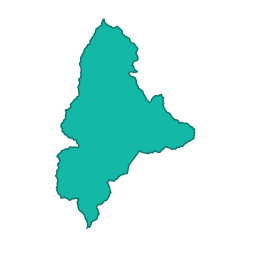 Contumaza, Cajamarca, Peru, rotated 278°
{"feature_id": "86281439B42243270473185", "entity_name": "Contumaza", "entity_type": "district", "adm_level": 2, "iso_a3": "PER", "parent_name": "Peru", "parent_adm1": "Cajamarca", "projection": "albers", "projection_center": [-78.994, -7.42], "detail": "fine", "context": "isolated", "style": "filled", "palette": "teal", "viewbox_px": 256, "rotation_deg": 278, "n_neighbors": 0, "source": "geoboundaries", "source_scale": "gbopen_adm2", "svg_char_len": 5778}
<svg xmlns="http://www.w3.org/2000/svg" viewBox="0 0 256 256"><g transform="rotate(278 128 128)"><path d="M140.7,184.1L140.3,183.7L140.2,183.3L140.8,180.9L140.8,180.3L140.6,179.8L140.6,178.6L140.2,177.8L140.3,177.4L141.2,177.2L142.4,176.4L142.8,174.5L142.8,172.8L143.5,172.2L143.9,170.9L144.9,170.3L145.1,169.6L145.5,169.5L146.3,168.6L147.2,168.3L148.4,166.8L148.9,164.3L149.9,163.5L150.4,163.3L150.9,162.5L153.5,160.5L156.2,159.4L156.9,160.0L157.2,160.0L157.9,159.5L159.6,158.8L163.0,159.0L163.4,157.7L165.8,156.3L165.2,154.9L164.7,154.6L164.1,153.6L163.8,152.4L164.0,151.3L163.1,149.6L161.3,148.3L159.5,147.4L157.7,147.2L156.1,145.8L156.7,144.7L158.0,143.6L158.5,142.3L160.4,141.3L161.3,141.0L164.2,138.4L166.0,137.7L166.8,137.1L167.0,136.5L166.8,135.7L167.5,135.3L168.2,134.5L168.3,133.4L168.6,132.8L169.3,132.6L170.0,132.6L170.9,132.0L171.4,131.5L172.5,130.9L172.8,130.5L174.1,129.7L176.2,129.7L177.6,128.4L178.9,127.9L179.4,125.5L179.3,124.1L179.5,123.5L180.6,122.8L181.4,121.7L182.6,121.2L183.0,121.2L183.5,121.6L184.3,123.2L184.4,123.8L183.7,125.8L184.3,127.0L184.6,128.8L185.0,129.1L185.4,129.1L185.8,128.5L186.2,127.0L186.9,126.6L187.5,125.8L189.2,124.9L189.8,125.0L190.2,124.9L190.8,123.1L195.0,124.6L195.4,126.2L196.8,128.1L198.1,128.2L199.0,128.0L199.4,127.6L200.2,127.5L201.1,126.9L201.5,126.4L202.6,125.6L203.1,125.6L203.7,125.2L204.6,125.9L205.6,125.8L206.3,126.3L207.1,126.3L207.7,126.6L208.3,126.3L211.5,123.2L211.7,122.7L212.5,122.1L212.7,120.0L213.8,118.0L214.9,117.9L216.8,116.7L217.2,116.0L217.4,114.8L218.1,114.0L218.4,111.9L219.3,111.5L220.4,109.1L223.2,108.7L224.0,108.2L224.6,106.7L225.3,106.0L225.7,104.6L226.7,103.9L227.1,103.0L226.9,102.4L226.2,101.9L224.8,99.8L225.0,98.9L226.0,97.7L225.9,96.8L226.6,94.5L227.5,92.7L228.8,90.8L231.1,89.4L232.4,89.2L232.3,88.7L231.1,88.0L229.3,87.7L228.8,87.4L226.5,87.8L225.3,86.8L224.6,85.7L223.7,85.2L223.6,84.8L222.5,84.2L222.1,83.0L221.8,82.8L220.0,82.4L218.9,82.4L218.7,82.5L218.0,82.4L216.3,81.4L214.7,81.3L213.1,80.5L212.1,79.6L211.2,79.6L210.4,79.2L209.9,78.7L209.2,78.3L207.2,78.8L206.7,78.7L206.1,78.4L205.0,76.8L204.2,76.2L202.3,75.8L201.0,74.6L200.2,74.2L199.5,74.2L198.3,73.6L197.5,73.9L196.8,73.4L195.4,73.5L194.7,72.5L194.0,72.7L192.5,71.8L191.9,72.1L191.1,71.3L190.1,71.4L188.6,71.9L187.6,72.0L185.5,71.1L184.2,71.3L183.0,71.9L182.6,72.4L180.7,73.4L179.8,73.4L177.7,73.9L176.4,73.4L174.5,74.2L173.2,74.0L171.9,74.3L171.6,74.6L170.8,74.2L170.5,73.5L169.8,72.5L168.9,72.5L168.4,72.7L167.9,73.4L167.1,73.4L166.2,73.9L165.7,74.0L164.8,73.7L163.5,73.6L162.1,72.9L161.3,72.8L160.6,73.3L159.3,73.6L158.7,74.0L157.5,74.1L155.5,74.5L154.9,75.0L153.3,75.1L152.1,74.2L151.7,73.1L150.8,72.7L149.9,72.6L148.9,72.0L148.8,71.3L148.2,70.6L147.6,70.6L147.1,70.2L146.5,70.1L145.9,69.5L145.5,69.3L144.4,68.3L143.0,67.7L142.2,68.3L141.4,68.2L140.4,68.5L138.8,66.5L137.2,65.8L137.2,65.4L137.6,64.7L137.2,63.7L136.5,63.7L135.8,64.4L134.7,64.9L133.8,64.7L133.4,64.4L132.8,64.5L131.9,64.3L130.9,64.7L128.8,64.9L127.6,64.0L127.2,63.5L124.8,63.2L123.6,61.8L122.9,61.7L122.3,61.4L121.6,61.5L120.4,61.3L119.0,62.4L116.5,63.4L115.3,63.4L115.1,63.5L115.2,64.0L114.5,65.3L113.9,65.7L112.9,65.8L112.3,68.3L110.9,69.5L110.5,70.4L110.6,70.8L110.1,71.3L110.3,72.5L109.7,73.6L110.1,74.3L110.2,74.8L109.6,75.3L109.0,75.5L108.6,76.4L109.1,77.6L109.1,78.1L106.1,79.6L104.8,81.4L104.2,81.7L102.4,81.8L101.8,80.8L101.5,79.8L101.8,78.2L101.2,76.4L101.1,73.2L99.4,71.9L98.5,71.6L98.8,70.0L98.6,69.1L97.8,68.3L96.8,66.9L96.2,65.3L94.7,64.9L93.5,64.0L92.4,62.9L91.5,62.7L91.2,62.0L90.8,61.8L89.7,61.9L89.3,62.1L88.8,63.8L87.4,64.3L85.9,65.4L85.1,65.2L82.4,63.4L80.7,64.0L80.0,64.5L78.9,65.1L78.3,65.2L77.9,65.0L76.5,63.9L75.3,63.4L74.7,63.5L73.7,64.2L70.5,63.1L69.8,63.5L69.5,64.1L68.9,64.7L66.5,65.9L64.6,66.0L64.0,65.5L61.1,66.2L60.6,66.2L59.2,65.4L57.9,66.2L56.3,66.2L55.7,66.8L54.8,67.3L54.1,68.2L53.0,68.1L52.6,69.7L50.5,71.4L49.3,71.5L49.8,72.8L50.0,73.9L50.4,74.4L51.1,74.9L50.4,75.3L50.0,76.1L49.7,78.1L48.6,79.3L48.3,80.4L50.5,83.4L50.5,84.8L51.0,85.5L51.3,86.7L51.1,88.9L50.7,88.8L50.0,88.4L49.4,89.0L49.0,89.0L48.4,88.4L47.4,88.0L45.8,88.9L44.8,88.9L43.9,89.7L42.5,89.6L41.6,90.2L40.8,90.4L38.8,92.6L38.7,93.7L38.0,94.1L37.8,94.7L36.7,96.0L35.1,97.3L33.7,98.0L32.4,98.3L31.6,99.2L30.3,100.2L28.7,101.0L27.2,101.3L26.8,101.7L26.4,101.9L25.6,101.6L24.9,101.8L23.6,101.5L24.2,102.2L24.4,103.6L25.3,104.1L27.9,104.9L29.7,105.0L30.9,106.1L33.2,109.5L33.7,109.9L34.7,110.2L36.5,110.0L36.9,110.4L38.3,111.3L39.2,111.1L39.8,110.6L40.8,110.6L41.9,109.4L42.7,109.6L43.7,108.9L44.5,107.9L47.3,108.3L47.8,108.6L48.1,109.1L48.1,110.6L48.3,111.3L49.7,113.1L51.6,114.1L52.4,114.7L53.3,116.2L53.4,116.7L55.1,117.7L57.1,118.3L57.6,118.8L59.2,118.7L61.2,119.9L61.6,120.0L65.1,118.2L66.3,118.1L67.4,117.7L68.4,116.7L69.7,116.4L70.2,115.4L70.8,115.0L71.8,115.3L72.3,116.1L73.8,116.2L73.6,117.2L73.8,118.8L73.4,120.6L73.5,121.7L75.1,122.5L75.7,123.8L76.0,124.2L77.1,125.0L78.3,125.3L78.8,126.2L79.7,126.7L80.6,127.6L81.3,129.8L82.1,130.5L82.6,132.1L82.6,133.3L83.6,133.6L91.3,134.0L107.1,142.6L106.0,144.5L106.1,145.4L105.8,146.5L105.4,151.7L107.1,153.8L106.9,156.0L108.0,156.7L108.6,157.5L109.3,157.8L109.4,158.6L108.7,159.2L108.1,160.9L108.2,162.1L108.6,163.1L111.6,165.1L112.6,166.3L114.3,167.1L114.4,167.4L114.5,169.0L114.1,172.1L113.9,172.8L113.2,173.7L113.0,174.5L113.6,175.6L113.8,176.7L113.7,177.8L114.5,178.6L115.5,178.8L115.9,181.1L116.2,181.6L117.1,182.3L116.9,183.4L117.7,184.9L118.9,185.7L119.8,185.8L120.3,186.7L120.9,187.1L121.2,187.8L122.7,188.8L123.2,190.4L123.8,190.9L124.3,191.7L125.2,192.5L126.2,194.1L127.1,194.7L128.5,194.3L130.5,194.6L132.5,194.5L134.6,194.0L136.0,194.1L136.4,192.7L137.5,191.9L138.2,190.8L138.1,190.1L138.3,189.4L140.1,187.1L140.8,185.4L140.7,184.1Z" fill="#14b8a6" stroke="#0f766e" stroke-width="1.5"/></g></svg>